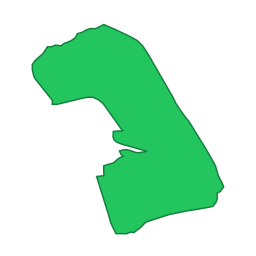 the district of Starehe, Nairobi, Kenya, rotated 175°
{"feature_id": "3690345B38564256693946", "entity_name": "Starehe", "entity_type": "district", "adm_level": 2, "iso_a3": "KEN", "parent_name": "Kenya", "parent_adm1": "Nairobi", "projection": "albers", "projection_center": [36.838, -1.29], "detail": "fine", "context": "isolated", "style": "filled", "palette": "green", "viewbox_px": 256, "rotation_deg": 175, "n_neighbors": 0, "source": "geoboundaries", "source_scale": "gbopen_adm2", "svg_char_len": 1408}
<svg xmlns="http://www.w3.org/2000/svg" viewBox="0 0 256 256"><g transform="rotate(175 128 128)"><path d="M201.2,215.9L203.6,212.7L206.6,209.3L211.4,205.8L214.6,203.3L217.8,199.7L218.2,194.7L217.7,190.2L216.8,186.1L214.5,182.5L209.6,175.1L204.1,166.9L200.9,162.0L201.4,158.2L196.5,157.8L189.6,158.8L179.0,160.4L173.3,161.3L167.7,162.0L163.3,162.1L159.7,161.4L154.7,158.5L151.3,155.2L149.1,151.9L143.9,143.0L141.0,138.2L138.2,133.4L135.3,128.4L133.5,125.7L142.9,125.9L143.7,120.5L142.9,117.4L140.5,114.9L135.1,112.2L126.4,109.0L110.9,103.1L119.9,102.4L123.0,103.2L127.0,105.1L131.1,106.6L134.6,106.6L138.5,105.9L137.3,102.3L135.4,100.2L139.2,98.9L142.1,97.1L145.5,94.5L152.7,93.1L155.5,92.4L155.9,87.7L156.1,82.6L163.5,82.4L154.7,42.0L153.5,35.0L149.2,23.8L146.0,23.5L142.4,23.2L138.6,22.8L134.3,24.1L131.3,23.3L124.9,27.3L118.5,32.6L111.4,34.4L94.6,38.2L77.6,40.2L66.9,40.9L57.0,41.8L50.3,42.5L46.5,46.8L45.1,50.4L45.0,55.4L41.7,56.6L37.8,61.1L39.4,66.1L41.1,69.7L42.4,73.4L43.1,77.1L44.1,82.5L46.7,88.5L52.8,101.6L66.9,129.6L69.5,133.1L72.6,138.4L74.7,142.0L78.2,148.4L80.3,154.1L98.2,192.6L101.2,199.1L106.4,208.8L111.0,214.2L118.6,219.3L131.7,227.0L143.1,233.2L147.3,231.5L151.0,229.9L153.9,230.0L157.3,230.3L161.8,229.0L165.7,227.2L170.1,226.4L172.6,222.6L176.8,220.1L181.2,218.6L184.2,217.9L187.6,215.7L193.0,216.9L197.0,215.6L201.2,215.9Z" fill="#22c55e" stroke="#15803d" stroke-width="1.5"/></g></svg>